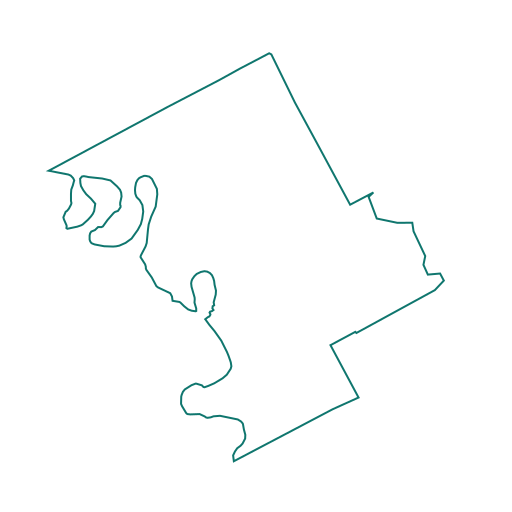 Washington, Mississippi, United States of America (Albers equal-area conic projection), rotated 332°
{"feature_id": "52423323B9626966163113", "entity_name": "Washington", "entity_type": "district", "adm_level": 2, "iso_a3": "USA", "parent_name": "United States of America", "parent_adm1": "Mississippi", "projection": "albers", "projection_center": [-91.095, 33.269], "detail": "fine", "context": "isolated", "style": "outline", "palette": "teal", "viewbox_px": 512, "rotation_deg": 332, "n_neighbors": 0, "source": "geoboundaries", "source_scale": "gbopen_adm2", "svg_char_len": 2881}
<svg xmlns="http://www.w3.org/2000/svg" viewBox="0 0 512 512"><g transform="rotate(332 256 256)"><path d="M362.8,83.2L329.9,83.0L306.2,83.4L247.9,82.9L113.0,83.4L128.6,96.0L130.2,98.1L131.1,101.4L131.0,103.9L129.6,105.3L127.5,107.6L124.1,110.6L121.9,114.1L118.5,120.5L117.9,122.6L116.9,123.7L113.1,126.3L110.5,127.4L108.7,127.6L104.1,131.4L103.6,133.4L103.1,140.0L102.6,141.2L101.7,142.3L102.2,143.4L112.0,146.2L115.9,146.8L117.8,146.8L124.6,145.1L128.8,143.6L131.7,142.2L134.2,140.3L138.6,134.4L137.2,127.9L135.1,121.7L134.4,116.9L134.3,112.1L135.2,109.1L137.0,105.2L139.7,104.1L141.5,104.7L143.7,106.4L145.2,107.7L156.6,115.4L163.0,121.0L166.0,129.3L167.0,133.6L166.7,136.7L165.2,140.4L161.1,145.2L160.0,147.2L160.0,148.1L159.3,149.3L155.3,151.4L152.1,150.9L150.5,151.2L141.8,154.5L134.7,158.0L133.0,157.9L130.2,156.3L126.0,157.5L122.0,157.1L120.2,158.1L118.7,159.8L116.8,163.4L116.5,165.0L116.6,166.8L117.1,167.9L118.9,170.0L126.5,176.1L134.3,180.6L137.1,181.8L140.2,182.7L147.0,183.2L154.3,182.2L163.8,177.5L169.3,173.8L172.9,169.9L177.3,163.8L179.6,157.7L179.5,152.2L178.3,148.2L178.3,146.9L178.7,144.3L180.1,141.0L181.6,138.6L184.4,135.1L186.9,133.3L189.2,132.4L191.0,132.3L194.8,132.7L196.4,133.6L199.1,135.9L200.1,138.6L200.3,139.2L200.0,150.2L197.8,155.2L190.6,165.3L182.0,172.0L176.1,177.7L173.2,181.7L165.6,193.2L163.0,195.7L154.7,201.4L153.8,202.3L153.5,203.0L154.2,211.3L153.7,213.7L152.9,215.3L152.7,216.7L153.9,226.0L153.9,235.8L154.7,237.7L162.8,248.6L162.8,252.3L161.3,256.4L166.8,260.6L167.4,261.6L169.0,266.7L171.0,271.3L173.5,274.1L176.8,276.5L177.4,276.5L178.6,274.2L179.8,268.3L181.6,265.4L182.3,263.8L184.6,253.0L185.9,249.7L187.3,247.9L188.8,246.6L192.1,244.9L195.2,244.0L199.8,244.2L203.3,245.2L205.6,246.9L207.3,249.4L208.1,252.3L207.9,255.5L207.3,258.4L205.9,262.0L204.4,267.8L202.3,271.2L196.9,277.0L195.9,279.9L194.2,280.0L192.9,281.8L193.1,283.7L191.3,284.0L189.3,283.6L188.4,284.2L188.4,285.9L188.2,286.4L186.4,287.5L184.7,287.4L181.5,288.0L182.5,295.0L184.1,302.8L185.6,314.5L185.3,327.1L184.9,331.1L184.2,335.8L183.8,338.1L182.5,341.8L180.7,343.7L174.5,347.1L169.1,348.3L159.3,348.8L152.8,348.3L148.9,347.7L148.1,347.0L147.5,344.8L143.4,340.7L142.7,340.3L138.4,339.8L130.5,340.4L127.7,341.6L125.2,343.7L124.0,345.0L120.4,351.4L120.2,353.9L120.6,361.6L120.8,362.6L121.3,363.4L123.6,365.0L132.0,369.1L135.4,373.6L136.1,375.1L137.2,376.1L140.3,377.2L143.2,377.6L149.2,380.2L163.2,391.8L165.1,395.1L165.6,397.3L165.6,398.2L163.9,403.4L162.6,408.9L160.7,412.1L156.1,415.3L153.3,416.3L149.2,416.9L145.7,418.7L142.2,421.3L140.1,426.8L251.7,427.3L280.1,429.1L279.9,369.7L308.1,369.6L308.5,371.1L397.9,370.1L410.3,365.9L410.3,357.9L399.0,353.1L399.7,342.4L405.4,335.5L406.7,308.2L409.6,300.0L396.3,293.0L380.2,279.6L383.2,256.7L389.5,255.0L363.2,254.9L362.8,187.0L362.4,138.7L364.2,85.2L362.8,83.2Z" fill="none" stroke="#0f766e" stroke-width="2"/></g></svg>